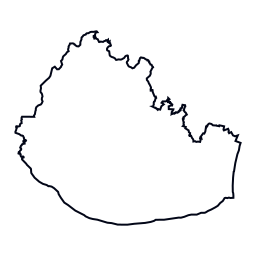 Waimakariri District, Canterbury, New Zealand (Mercator projection)
{"feature_id": "76426892B89827280876957", "entity_name": "Waimakariri District", "entity_type": "district", "adm_level": 2, "iso_a3": "NZL", "parent_name": "New Zealand", "parent_adm1": "Canterbury", "projection": "mercator", "projection_center": [172.332, -43.208], "detail": "fine", "context": "isolated", "style": "outline", "palette": "ink", "viewbox_px": 256, "rotation_deg": 0, "n_neighbors": 0, "source": "geoboundaries", "source_scale": "gbopen_adm2", "svg_char_len": 5737}
<svg xmlns="http://www.w3.org/2000/svg" viewBox="0 0 256 256"><path d="M97.4,32.2L96.9,31.5L96.3,31.3L93.4,31.9L91.9,31.8L90.4,32.0L88.4,33.2L86.8,33.3L86.1,33.8L85.8,34.5L83.5,35.3L82.4,36.8L81.8,37.2L81.5,37.8L81.5,39.3L80.4,41.9L80.3,44.8L78.6,46.4L77.0,46.3L75.4,45.3L74.7,44.4L74.3,44.4L73.8,43.7L72.9,43.4L70.0,43.5L69.6,44.8L68.6,46.4L68.6,47.8L68.2,48.8L68.1,49.9L68.6,51.2L67.0,52.2L65.8,54.1L63.4,56.2L62.9,57.1L62.4,59.5L61.0,61.0L62.2,64.6L61.1,66.3L61.1,66.8L58.8,69.2L57.1,69.3L54.8,66.7L52.2,68.3L50.4,75.8L49.1,77.8L46.0,80.5L40.7,85.7L41.0,88.2L40.5,90.6L40.5,91.9L41.0,92.7L41.7,93.4L42.1,94.5L42.5,96.5L41.9,98.0L41.8,99.6L42.6,101.4L41.7,103.4L40.8,104.5L38.3,105.4L36.3,107.2L35.8,108.7L35.8,110.2L35.4,111.1L34.9,114.2L34.0,115.5L33.9,116.0L34.2,116.8L22.1,116.7L21.7,117.3L21.5,118.2L21.9,119.3L21.2,120.3L21.5,121.2L21.6,123.2L20.4,123.7L19.9,124.9L19.9,125.9L19.5,126.2L18.4,126.5L16.7,126.2L16.2,126.4L16.1,127.1L16.8,128.0L16.4,128.6L16.2,129.9L15.4,131.8L15.5,132.8L19.2,134.1L21.3,135.6L22.0,135.5L23.0,135.9L24.0,137.9L23.9,138.5L24.3,139.8L25.4,139.9L26.0,140.4L25.7,141.1L24.7,141.9L23.7,140.9L23.3,141.1L23.4,142.0L24.3,142.7L24.6,143.6L22.4,144.1L21.8,144.6L21.7,145.3L20.9,145.9L20.2,147.7L21.1,148.4L21.2,149.4L21.0,149.9L20.4,150.2L19.4,151.8L18.8,152.0L18.5,153.5L19.2,153.8L20.1,153.4L20.7,154.4L20.5,155.2L20.7,155.9L21.1,156.6L23.1,156.5L23.5,156.8L23.7,157.2L23.5,157.6L22.9,157.6L22.1,158.1L22.0,159.1L22.3,159.7L26.2,163.7L26.9,164.8L30.8,168.6L31.0,169.2L31.2,172.3L31.4,173.2L34.6,177.7L39.2,181.7L43.0,183.9L46.7,185.0L48.4,186.2L49.3,186.1L51.6,186.6L54.1,188.2L58.1,191.9L58.7,194.2L60.9,197.8L64.3,202.6L68.0,205.0L75.3,210.6L84.3,215.2L85.5,216.3L89.3,218.1L92.8,219.0L97.4,219.7L107.4,222.7L111.6,223.1L117.7,224.6L127.2,224.7L134.1,223.8L145.2,222.9L150.8,221.9L154.0,220.9L155.7,219.8L164.3,219.7L178.7,217.6L180.9,217.7L184.3,216.8L188.4,215.2L191.3,214.6L196.8,214.6L201.1,212.8L204.4,212.8L205.5,212.5L208.1,210.9L211.3,209.5L215.2,207.4L217.8,205.8L220.2,203.0L222.8,201.0L224.6,198.1L225.7,197.8L227.4,198.1L228.9,197.6L230.4,198.0L233.4,197.8L233.4,195.3L233.2,193.1L232.8,192.0L232.7,185.7L233.1,177.4L233.7,171.7L234.0,171.5L235.3,163.1L236.1,159.7L237.4,154.2L238.9,150.3L239.6,146.0L240.6,142.9L235.5,141.0L237.8,135.4L235.1,136.3L233.0,135.4L231.2,132.1L229.1,133.2L228.5,132.1L228.8,130.6L228.1,128.8L223.9,130.4L223.5,129.7L224.1,126.3L219.4,125.3L219.2,126.2L216.5,125.7L216.3,125.4L215.6,125.5L212.9,125.3L211.5,124.0L209.5,123.5L208.7,123.8L207.9,124.7L207.3,126.1L206.9,125.9L205.9,128.4L205.8,128.2L205.3,131.5L204.3,133.6L203.2,133.3L200.6,136.9L201.2,137.6L201.3,138.0L201.0,137.8L200.5,138.0L200.2,137.8L200.1,138.2L200.7,138.3L200.5,139.1L200.8,139.2L200.1,141.9L198.0,141.6L196.2,141.9L195.1,141.2L193.4,141.5L193.4,140.2L193.1,139.3L192.0,137.9L191.2,136.0L189.6,136.0L189.3,135.6L189.2,135.2L190.2,134.6L189.9,133.8L190.1,133.1L188.9,132.2L188.6,130.4L185.3,128.3L185.8,127.0L183.0,126.1L183.7,125.5L183.9,125.0L183.6,124.8L183.7,124.4L183.5,123.7L183.9,122.6L183.8,122.0L183.4,121.8L183.4,121.1L182.9,119.7L182.9,119.1L183.2,119.0L183.0,118.8L183.4,118.4L183.1,118.3L183.4,117.2L184.8,116.3L185.6,115.3L186.8,114.6L185.7,112.6L185.0,112.2L183.7,110.4L184.1,110.1L184.0,109.4L184.9,106.8L185.3,106.5L185.1,105.2L182.5,104.8L182.1,106.1L182.3,106.5L182.0,107.2L181.6,107.6L181.8,107.8L180.8,108.3L181.1,108.7L180.5,109.0L180.5,109.3L180.0,109.7L180.4,110.4L179.8,110.6L179.7,110.9L179.4,110.9L179.1,111.3L178.6,111.2L178.3,111.7L178.4,112.2L177.3,112.7L177.0,112.4L175.9,112.2L175.6,112.5L175.8,112.8L175.5,113.0L174.4,112.9L174.2,113.0L174.2,113.5L173.7,113.3L172.8,113.9L172.1,113.8L171.6,114.1L171.7,113.5L171.6,113.3L171.9,112.8L171.7,112.1L172.2,111.4L172.4,111.2L172.5,110.8L173.3,109.8L173.4,109.3L168.8,109.1L168.7,106.3L170.0,105.9L170.5,105.4L171.9,105.5L171.9,105.0L172.2,105.0L172.3,104.5L171.6,104.0L170.8,103.0L169.9,103.0L170.0,102.0L167.9,102.1L167.7,101.4L169.5,99.3L168.2,98.0L168.1,98.9L166.9,100.4L166.8,100.9L165.7,101.4L162.6,101.4L161.6,102.8L162.9,103.4L163.2,104.1L163.7,104.4L161.4,106.2L160.2,109.6L158.0,109.0L157.9,109.4L157.5,109.2L157.4,109.5L156.0,108.1L155.9,108.3L152.3,106.5L152.9,106.4L153.4,105.6L153.5,105.0L153.8,104.5L153.7,102.7L154.0,101.7L154.7,101.4L155.5,98.6L156.2,98.0L155.8,96.6L154.9,96.7L154.4,96.1L152.6,91.7L152.7,91.3L152.5,90.0L151.8,89.9L151.4,90.5L150.7,90.6L150.6,89.1L150.9,88.5L151.0,87.4L149.5,84.2L149.0,83.7L148.2,81.5L146.9,80.0L146.8,78.4L149.9,75.7L150.7,73.8L150.7,72.5L150.4,71.8L152.4,67.8L153.1,67.3L152.9,66.8L152.1,66.1L151.6,64.8L150.4,64.5L150.2,63.8L149.6,63.2L149.6,62.8L149.4,62.6L149.3,61.9L148.9,61.9L148.8,61.6L148.9,61.3L148.5,61.2L148.2,60.8L148.2,60.2L147.6,59.9L147.2,60.1L147.1,59.8L145.5,59.2L144.3,58.2L142.8,57.7L142.2,57.9L141.0,57.4L140.0,58.2L139.3,60.7L138.9,60.7L138.7,61.0L138.9,61.9L138.7,63.1L136.0,65.3L134.2,67.7L132.4,68.3L131.1,67.3L129.1,66.6L128.3,65.8L126.9,63.0L126.8,62.4L127.0,61.7L127.8,60.9L128.5,59.4L128.1,58.7L127.9,55.8L127.6,55.5L126.3,55.7L125.3,56.3L124.2,57.9L122.0,59.2L120.9,59.6L118.4,59.4L116.5,59.9L115.9,59.8L115.1,58.5L113.5,57.5L112.1,57.1L110.4,56.2L109.7,55.2L109.2,51.3L107.2,50.3L107.0,49.7L107.1,48.4L108.0,47.1L108.9,46.3L110.4,46.0L110.9,45.6L110.6,44.4L109.9,43.6L110.1,43.1L109.5,42.5L109.6,41.6L108.8,42.2L108.7,41.2L108.4,40.8L108.2,41.9L108.0,42.1L107.7,42.0L107.5,41.2L107.7,40.5L108.0,40.4L108.0,39.8L107.3,40.4L106.1,40.1L105.7,40.7L104.2,41.1L103.1,41.9L100.6,41.6L99.8,42.0L99.5,41.8L99.0,41.9L97.7,39.2L96.5,38.8L95.6,37.4L94.8,37.4L94.5,38.6L94.3,38.6L94.1,37.6L93.6,37.1L93.7,35.9L94.1,35.8L95.2,36.2L95.1,35.7L94.6,35.3L95.0,34.8L95.4,33.4L96.2,32.3L97.4,32.2Z" fill="none" stroke="#020617" stroke-width="2"/></svg>